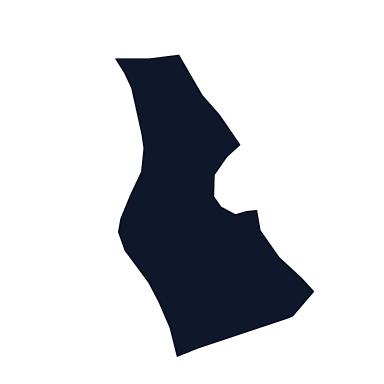 the district of Guéra, Guéra, Chad, rotated 161°
{"feature_id": "50815135B83117027765697", "entity_name": "Guéra", "entity_type": "district", "adm_level": 2, "iso_a3": "TCD", "parent_name": "Chad", "parent_adm1": "Guéra", "projection": "robinson", "projection_center": [18.747, 12.012], "detail": "fine", "context": "isolated", "style": "filled", "palette": "ink", "viewbox_px": 384, "rotation_deg": 161, "n_neighbors": 0, "source": "geoboundaries", "source_scale": "gbopen_adm2", "svg_char_len": 617}
<svg xmlns="http://www.w3.org/2000/svg" viewBox="0 0 384 384"><g transform="rotate(161 192 192)"><path d="M109.7,58.4L109.7,58.5L117.0,75.2L131.3,101.7L140.4,133.4L137.1,153.3L146.8,155.5L158.6,156.2L169.8,168.3L173.3,180.6L165.6,201.2L147.5,214.4L131.7,221.2L137.9,243.7L141.3,255.9L151.2,279.9L160.1,325.4L189.0,331.5L220.4,342.3L216.7,326.7L215.8,318.4L214.9,310.1L220.3,262.7L222.9,249.0L232.9,227.4L251.1,208.7L267.8,189.7L274.3,178.0L274.1,158.6L267.5,137.8L262.1,120.4L258.8,99.0L256.7,70.8L259.2,41.7L237.4,42.8L142.9,41.9L137.5,42.1L109.7,58.4Z" fill="#0f172a" stroke="#020617" stroke-width="1.5"/></g></svg>